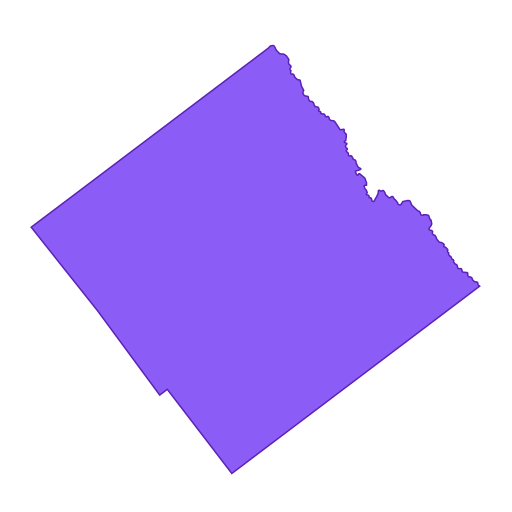 the district of Clay, Minnesota, United States of America, rotated 143°
{"feature_id": "52423323B41425910049088", "entity_name": "Clay", "entity_type": "district", "adm_level": 2, "iso_a3": "USA", "parent_name": "United States of America", "parent_adm1": "Minnesota", "projection": "robinson", "projection_center": [-96.781, 46.89], "detail": "fine", "context": "isolated", "style": "filled", "palette": "violet", "viewbox_px": 512, "rotation_deg": 143, "n_neighbors": 0, "source": "geoboundaries", "source_scale": "gbopen_adm2", "svg_char_len": 3184}
<svg xmlns="http://www.w3.org/2000/svg" viewBox="0 0 512 512"><g transform="rotate(143 256 256)"><path d="M115.1,412.9L115.6,413.8L118.1,415.1L121.0,414.6L364.9,414.3L418.2,414.3L416.9,361.2L415.5,308.1L416.6,202.9L407.1,202.9L406.2,96.9L95.5,97.3L95.6,97.9L96.0,98.5L96.0,99.5L94.9,101.4L95.3,102.4L96.8,103.8L97.3,105.8L97.3,106.9L96.7,108.9L97.3,110.1L98.8,111.5L98.6,112.8L98.3,113.8L97.7,114.1L97.2,115.0L97.4,115.8L100.4,118.5L100.7,119.7L99.9,121.0L99.7,122.2L100.2,122.9L101.5,123.7L102.0,124.4L101.9,125.5L101.0,127.6L101.0,128.5L101.7,129.4L101.8,132.2L100.9,133.3L100.7,134.3L101.4,135.7L100.7,138.1L100.9,139.0L101.4,139.6L101.2,141.4L100.2,142.5L100.6,144.0L100.4,144.5L99.2,145.3L99.0,146.0L99.3,148.9L100.1,149.8L100.3,150.7L99.9,151.2L99.0,151.6L98.8,152.7L99.7,155.0L101.3,156.8L101.5,160.4L100.6,163.8L100.7,165.0L101.6,166.1L101.7,167.4L101.5,168.2L100.3,169.0L100.2,169.9L100.4,170.8L101.7,172.1L101.9,172.9L101.2,173.9L97.9,174.9L96.3,175.9L94.6,179.3L95.0,179.8L94.4,182.9L93.9,183.7L93.8,184.4L94.0,185.0L95.2,186.4L97.3,188.1L97.9,187.9L99.4,189.1L99.4,190.3L98.8,191.4L98.7,193.2L99.7,195.1L101.0,202.9L100.9,203.2L100.0,206.7L100.1,207.8L101.2,208.9L105.9,211.1L109.4,209.9L110.1,209.9L111.1,211.0L111.3,212.0L110.8,213.9L110.9,216.9L111.3,217.8L111.0,221.2L111.8,221.8L114.2,222.0L114.9,223.0L115.6,227.1L114.9,229.2L114.8,231.0L115.1,231.9L115.4,232.1L117.2,232.4L118.0,234.4L119.0,234.5L120.4,232.8L122.9,231.3L128.7,228.7L129.4,228.9L130.1,229.7L130.1,230.5L129.3,232.2L129.3,232.8L129.4,233.4L130.5,234.4L129.8,235.5L129.6,236.5L129.9,237.3L130.1,237.6L130.6,238.1L130.7,239.0L128.9,239.8L128.3,242.4L128.5,244.3L127.5,247.0L126.6,246.9L125.2,246.0L123.7,247.9L122.2,252.7L123.7,259.4L124.5,259.8L125.5,259.4L126.3,259.4L126.7,260.0L126.2,262.5L125.5,263.8L124.8,263.8L122.7,262.8L120.3,262.2L119.8,262.7L120.3,264.1L120.9,264.7L120.8,266.7L120.1,270.1L119.1,271.7L119.1,272.9L119.1,273.0L119.8,274.2L120.0,275.0L119.9,275.8L119.6,276.6L119.5,278.5L120.1,279.2L121.0,279.5L121.5,280.1L121.5,280.8L120.6,282.2L120.4,283.4L120.8,284.4L120.8,285.4L120.3,286.0L118.9,286.2L118.6,286.5L118.5,287.4L118.9,288.2L118.8,289.2L117.9,290.3L115.9,290.8L115.8,291.4L116.9,293.4L116.8,294.1L115.9,294.3L114.9,294.1L111.7,297.4L110.6,299.1L110.8,299.9L111.0,301.7L110.5,302.8L109.7,303.5L109.5,304.1L110.0,304.7L112.4,305.8L112.8,306.3L112.2,316.2L112.6,317.3L113.2,317.8L114.1,318.6L114.9,319.8L115.1,321.0L114.3,322.9L114.4,323.9L114.6,324.3L116.2,324.8L116.5,325.6L116.1,327.3L116.3,328.6L118.1,330.1L118.4,330.9L118.4,331.2L117.7,331.8L117.8,332.8L118.7,333.9L118.3,334.7L117.5,334.9L116.9,336.4L116.9,337.5L118.7,339.7L118.8,341.4L118.3,342.4L117.9,343.9L118.3,345.8L119.9,347.1L119.7,349.4L118.4,352.0L119.8,353.7L120.5,354.3L120.9,355.3L120.6,358.1L118.2,359.6L117.8,362.1L117.5,364.2L115.0,369.8L115.2,370.3L116.7,371.8L117.3,374.6L117.2,376.5L116.7,377.5L117.1,379.3L118.0,379.6L118.4,380.2L118.4,381.2L116.5,383.1L116.7,384.4L116.1,385.3L114.2,385.9L114.0,386.2L113.8,387.4L114.3,389.1L113.7,390.9L111.5,393.2L111.3,397.7L112.3,400.5L115.3,403.1L115.9,407.7L115.8,409.2L115.4,410.6L115.1,412.9Z" fill="#8b5cf6" stroke="#5b21b6" stroke-width="1.5"/></g></svg>